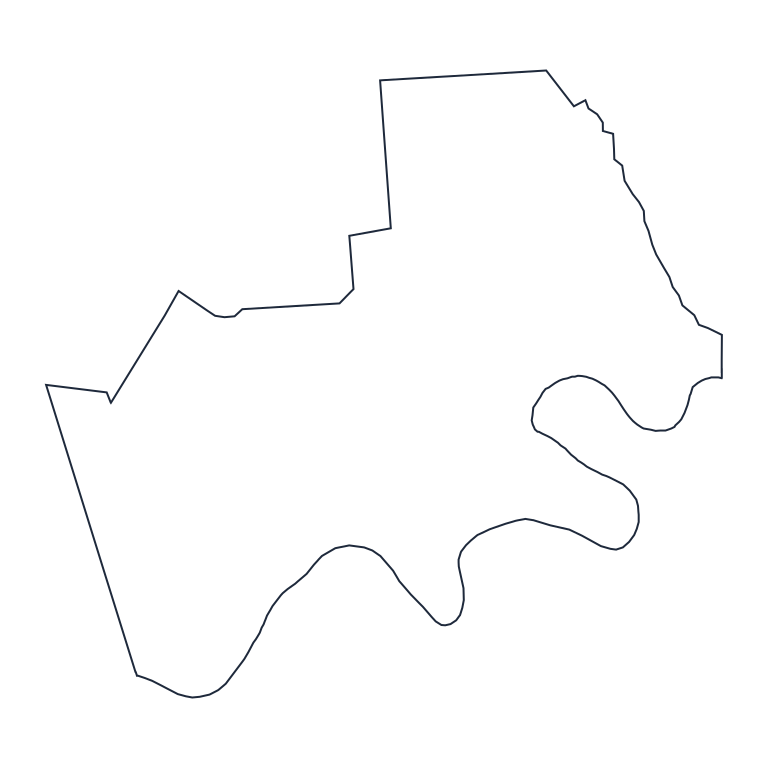 San Javier, Misiones, Argentina
{"feature_id": "61730980B6185383884221", "entity_name": "San Javier", "entity_type": "district", "adm_level": 2, "iso_a3": "ARG", "parent_name": "Argentina", "parent_adm1": "Misiones", "projection": "mercator", "projection_center": [-55.112, -27.774], "detail": "fine", "context": "isolated", "style": "outline", "palette": "slate", "viewbox_px": 768, "rotation_deg": 0, "n_neighbors": 0, "source": "geoboundaries", "source_scale": "gbopen_adm2", "svg_char_len": 3888}
<svg xmlns="http://www.w3.org/2000/svg" viewBox="0 0 768 768"><path d="M721.7,378.2L721.8,378.0L721.8,377.8L721.8,371.5L721.8,370.6L721.7,370.7L721.7,360.0L721.9,334.9L707.8,328.0L698.9,324.8L694.3,315.2L682.4,305.4L678.9,295.5L672.7,287.0L669.4,277.0L664.0,268.0L656.2,254.5L652.3,244.7L648.5,230.9L644.4,221.2L643.8,210.9L639.0,202.1L632.7,194.1L624.6,180.8L622.2,165.6L614.3,159.3L614.0,149.1L613.1,133.8L602.9,131.0L602.8,122.6L597.2,114.3L591.7,110.6L588.5,108.5L585.4,100.2L573.9,106.3L546.2,70.5L449.1,76.3L438.6,76.9L382.7,80.2L380.1,80.4L383.4,126.2L390.8,228.3L349.3,235.8L350.0,244.3L353.5,289.1L350.5,292.1L339.5,303.4L242.3,309.2L234.6,316.3L224.5,317.2L215.1,315.8L208.0,311.1L178.6,291.0L164.7,315.6L157.9,326.6L113.7,398.3L110.9,402.8L110.7,402.5L106.7,392.4L46.1,384.9L50.2,398.0L104.3,572.1L110.9,593.2L135.4,671.8L135.6,671.8L136.0,672.8L136.9,675.5L137.0,675.8L137.9,675.7L144.8,678.0L152.3,680.9L161.5,685.6L167.2,688.6L167.4,688.7L175.9,693.1L177.8,694.1L185.9,696.3L192.3,697.5L199.7,696.8L209.5,694.6L210.9,693.9L217.1,690.7L218.2,690.1L218.6,689.8L223.7,685.5L225.8,683.7L227.3,681.7L242.6,661.4L244.4,658.9L248.4,652.1L253.4,642.6L255.9,639.2L258.1,635.6L259.8,632.7L261.7,627.6L263.6,624.4L264.8,621.2L265.4,619.8L267.0,615.6L269.6,611.2L270.0,610.6L272.5,606.1L275.8,601.8L280.8,595.3L282.7,593.2L287.7,589.0L292.2,585.8L295.2,583.7L297.9,581.3L306.6,573.9L313.2,565.6L314.1,564.5L317.5,560.8L318.6,559.5L321.9,556.0L324.1,554.7L333.4,549.3L335.3,548.2L339.2,547.4L344.4,546.4L349.2,545.4L364.1,547.4L364.7,547.6L371.1,550.0L372.4,550.5L378.6,554.8L380.4,556.0L393.1,570.7L395.3,574.4L395.6,574.9L397.2,577.6L399.3,581.2L401.0,583.1L408.0,591.2L409.1,592.5L410.9,594.6L411.9,595.6L419.0,602.9L421.4,605.3L422.5,606.4L422.9,606.8L431.7,617.0L435.7,621.4L441.4,625.0L442.8,625.1L445.2,625.3L450.5,624.1L454.7,621.3L456.2,620.3L459.1,616.3L460.0,615.2L460.8,612.7L462.1,608.5L462.3,607.9L463.8,600.1L463.5,588.3L463.5,588.2L460.2,573.1L459.4,569.4L458.8,566.5L458.6,562.5L458.6,559.6L460.8,552.4L461.2,551.5L466.0,545.2L470.9,540.5L475.9,536.3L477.5,535.0L484.2,531.9L489.4,529.4L490.4,529.0L505.4,523.8L506.4,523.5L512.3,521.8L515.6,520.8L517.9,520.3L524.5,519.1L525.3,518.9L525.9,519.0L532.7,520.1L533.1,520.1L550.2,525.3L552.4,525.8L569.3,529.6L582.0,535.7L597.8,544.4L600.9,546.1L610.3,548.8L614.5,549.4L616.2,549.6L616.4,549.5L622.9,547.4L629.1,541.9L634.2,535.0L636.8,528.8L638.7,522.0L638.7,514.8L638.4,511.7L638.1,507.4L638.0,506.0L637.9,505.5L636.3,499.6L629.8,490.7L623.2,484.4L609.5,477.4L606.3,476.0L602.1,474.6L601.6,474.3L597.2,471.9L595.3,471.0L591.4,469.1L586.9,466.7L585.2,465.4L584.1,464.5L581.3,462.6L577.8,460.5L575.7,458.3L571.1,454.7L567.8,451.2L566.6,449.9L565.5,448.6L560.6,445.4L557.8,442.6L557.0,442.1L555.0,440.7L551.3,438.1L548.1,436.4L547.1,435.9L542.4,433.7L538.9,431.8L537.5,431.7L534.9,429.4L533.9,427.0L533.1,425.3L532.8,424.7L532.1,422.0L531.7,420.4L532.5,415.3L533.3,407.5L536.1,403.5L538.5,399.7L540.4,396.9L542.5,392.9L544.6,390.2L545.6,388.9L548.7,387.6L551.3,385.7L553.7,384.0L555.3,382.9L559.2,380.7L560.1,380.3L563.0,379.2L567.5,378.3L570.5,377.2L572.0,376.7L574.8,376.7L577.8,375.8L580.1,375.9L582.3,376.1L586.3,376.8L589.1,377.8L591.0,378.3L592.4,378.7L595.6,380.2L596.4,380.6L598.7,381.9L601.7,383.8L604.6,385.4L609.2,389.7L612.0,392.6L614.5,395.7L615.9,397.6L618.5,401.1L621.2,405.4L623.8,409.4L626.8,413.7L628.1,415.4L629.8,417.5L632.8,420.8L633.4,421.4L633.5,421.4L634.7,422.5L637.3,424.6L641.7,427.5L643.6,428.5L650.8,429.7L655.6,430.9L657.9,430.7L660.9,430.5L665.6,430.5L666.2,430.3L671.3,428.5L674.5,426.9L675.3,425.4L679.1,421.9L681.3,419.3L684.5,413.0L687.5,405.1L688.9,399.8L689.8,395.4L690.6,394.0L692.7,387.1L695.3,385.0L697.9,382.9L698.6,382.5L701.7,380.6L705.4,379.0L706.7,378.7L709.2,378.1L711.3,377.4L714.6,377.4L715.2,377.4L718.4,377.4L721.7,378.2Z" fill="none" stroke="#1e293b" stroke-width="2"/></svg>